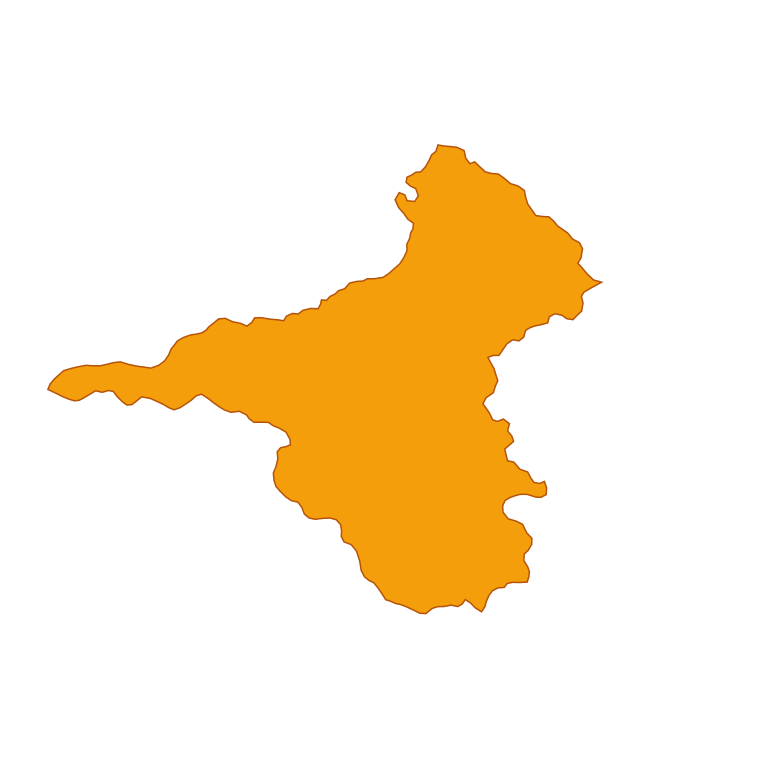 the district of Catuji, Minas Gerais, Brazil, rotated 314°
{"feature_id": "56859067B64745138456461", "entity_name": "Catuji", "entity_type": "district", "adm_level": 2, "iso_a3": "BRA", "parent_name": "Brazil", "parent_adm1": "Minas Gerais", "projection": "natural_earth1", "projection_center": [-41.505, -17.366], "detail": "fine", "context": "isolated", "style": "filled", "palette": "amber", "viewbox_px": 768, "rotation_deg": 314, "n_neighbors": 0, "source": "geoboundaries", "source_scale": "gbopen_adm2", "svg_char_len": 3843}
<svg xmlns="http://www.w3.org/2000/svg" viewBox="0 0 768 768"><g transform="rotate(314 384 384)"><path d="M146.6,146.0L149.6,154.8L151.7,161.7L154.2,167.9L156.8,172.9L160.4,176.0L164.8,177.5L170.6,179.1L178.7,181.2L182.3,187.1L187.9,190.3L190.6,194.5L189.6,200.8L189.5,208.4L190.3,213.7L193.9,216.9L198.9,217.7L206.4,218.6L211.3,226.0L213.8,232.8L216.1,239.6L217.5,245.7L219.6,250.9L225.2,253.7L232.9,255.5L238.5,256.6L245.0,257.1L249.9,259.8L251.4,267.4L252.2,275.3L253.3,282.1L254.5,287.2L257.3,293.5L263.9,298.9L266.2,306.2L265.4,311.4L266.1,317.0L270.7,321.7L276.0,327.4L277.2,333.9L279.4,339.1L281.3,347.0L278.9,354.7L275.3,358.9L270.8,357.0L266.4,353.9L261.0,354.3L256.3,359.7L249.5,363.7L243.0,366.3L238.2,372.0L235.3,377.4L234.7,383.9L234.6,391.8L235.8,398.6L239.2,404.0L238.1,410.8L235.1,417.1L235.6,423.3L238.9,428.5L244.4,432.9L250.1,438.3L253.2,444.0L252.7,450.4L249.1,455.3L244.7,459.1L242.7,464.9L245.7,472.1L244.7,480.3L239.7,489.6L234.1,497.0L231.8,503.8L232.2,509.4L233.9,514.8L233.2,521.1L231.5,529.1L230.0,535.1L232.3,539.6L234.1,544.7L237.0,549.4L239.4,555.1L241.6,561.6L244.0,569.0L247.9,573.6L256.1,574.6L261.0,577.2L265.7,581.8L271.5,585.8L275.1,591.6L280.2,593.1L285.4,592.2L286.6,598.5L286.4,605.3L287.9,612.4L293.9,611.3L298.7,608.6L304.9,606.4L310.7,605.6L316.7,607.7L321.1,611.8L326.0,611.2L330.6,614.2L334.9,618.9L341.0,624.6L346.1,622.0L349.9,619.1L352.3,614.4L354.1,607.3L359.0,603.0L364.4,603.3L371.3,601.6L375.7,597.6L376.1,590.0L379.3,581.1L377.1,574.2L373.3,567.0L374.5,558.6L378.8,554.0L384.3,552.0L390.4,553.7L395.4,556.3L399.5,558.8L404.0,563.6L408.2,571.9L411.5,575.6L417.1,577.5L422.3,573.0L425.4,567.1L420.5,565.0L417.4,560.3L418.3,555.1L420.5,548.5L417.1,540.9L418.0,531.5L414.6,526.2L417.3,521.9L421.1,516.0L426.9,516.6L432.7,517.1L435.4,512.0L436.1,505.5L442.6,501.8L441.7,494.2L436.0,491.7L433.7,487.1L436.3,480.1L437.5,474.6L438.5,468.9L445.0,467.0L453.7,468.7L460.1,465.5L465.4,463.6L468.1,458.5L471.5,452.4L473.6,445.5L475.3,440.3L480.3,442.6L484.4,446.8L492.1,445.5L498.4,444.5L505.3,445.9L508.8,451.1L514.7,452.0L521.0,448.6L525.9,449.9L530.2,452.0L536.0,455.9L541.7,459.3L547.1,456.2L553.4,458.2L557.1,464.4L557.9,470.0L561.5,475.2L567.8,475.2L573.8,475.5L580.5,470.9L584.1,465.2L588.7,464.0L595.6,465.8L601.9,467.8L608.4,469.8L604.4,462.5L604.3,453.9L605.2,445.1L605.5,439.5L611.6,438.1L615.4,435.4L619.2,432.9L621.4,426.5L619.3,419.0L620.2,411.3L619.3,405.4L618.3,399.0L619.0,393.0L618.8,386.5L614.7,381.8L610.6,376.2L612.1,368.6L613.3,362.3L616.6,356.4L620.7,350.5L619.5,342.7L615.9,335.7L615.5,327.4L614.4,320.3L610.3,315.3L606.9,309.4L606.8,301.3L606.8,294.9L602.2,292.9L603.2,286.1L607.5,279.5L604.8,271.8L600.8,266.7L596.3,261.1L593.5,256.8L587.5,259.7L582.0,259.1L575.5,261.3L569.4,262.9L562.2,263.1L558.2,259.7L553.6,258.8L548.8,256.9L544.4,259.8L544.8,266.0L546.6,271.0L543.3,277.9L536.7,279.3L531.9,273.4L534.5,267.6L532.2,262.0L524.2,264.0L521.1,271.9L520.4,279.8L519.1,286.8L520.1,293.5L515.6,297.1L511.2,298.2L506.7,301.3L500.4,303.3L496.0,307.9L488.8,310.4L481.3,311.9L473.4,311.2L466.9,310.7L460.1,309.3L452.9,303.8L448.1,298.9L443.5,297.4L439.2,293.4L432.8,289.2L425.1,289.5L419.4,286.4L414.7,286.3L409.4,284.3L404.2,284.6L401.1,280.6L397.1,283.0L392.3,284.3L387.7,279.0L380.7,274.5L374.7,273.6L371.0,269.0L365.1,266.7L359.8,267.9L356.6,263.3L351.6,257.1L346.7,250.0L341.8,245.0L336.6,246.1L330.4,245.2L328.0,238.7L323.5,231.6L321.0,224.3L316.0,219.8L309.2,219.1L303.7,218.3L299.1,218.6L294.3,217.5L289.9,214.6L285.1,210.9L277.9,207.3L271.4,205.5L266.6,206.1L261.1,206.6L255.1,209.0L248.2,210.1L241.0,209.0L233.4,205.2L229.0,199.0L225.0,193.6L220.6,186.5L216.7,178.9L211.5,174.6L205.7,171.0L199.9,167.2L194.6,161.7L190.6,156.8L183.5,151.7L177.0,147.6L171.0,144.3L163.6,143.7L158.3,143.4L152.3,143.8L146.6,146.0Z" fill="#f59e0b" stroke="#b45309" stroke-width="1.5"/></g></svg>